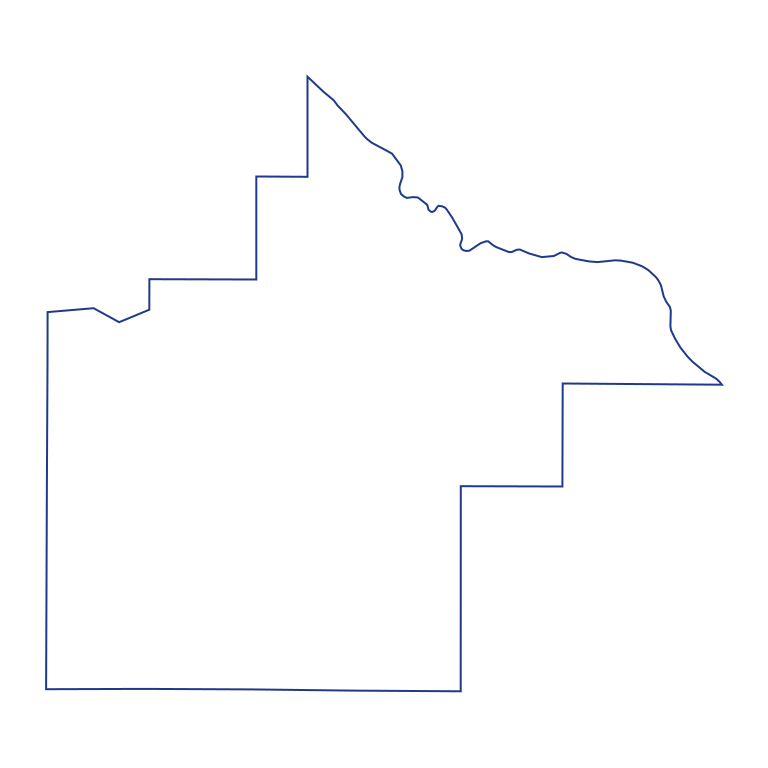 Goodhue, Minnesota, United States of America
{"feature_id": "52423323B62984292236969", "entity_name": "Goodhue", "entity_type": "district", "adm_level": 2, "iso_a3": "USA", "parent_name": "United States of America", "parent_adm1": "Minnesota", "projection": "mercator", "projection_center": [-92.544, 44.454], "detail": "fine", "context": "isolated", "style": "outline", "palette": "blue", "viewbox_px": 768, "rotation_deg": 0, "n_neighbors": 0, "source": "geoboundaries", "source_scale": "gbopen_adm2", "svg_char_len": 1344}
<svg xmlns="http://www.w3.org/2000/svg" viewBox="0 0 768 768"><path d="M460.7,691.3L460.8,486.2L562.4,486.5L562.7,383.5L721.9,384.7L719.5,381.7L715.9,378.5L704.6,371.8L692.5,361.7L687.8,356.9L680.5,347.7L675.3,339.1L671.0,330.2L670.4,326.2L670.8,311.0L670.3,308.4L669.9,307.0L666.1,301.5L663.7,296.4L661.0,285.4L659.2,281.9L658.2,280.1L656.0,277.2L648.3,270.1L642.3,266.4L632.7,262.7L620.9,260.6L615.1,260.3L597.6,262.1L588.9,261.4L575.5,258.9L570.8,256.9L566.5,253.9L562.0,252.5L560.2,252.8L553.8,256.0L541.7,257.1L528.9,253.4L519.8,249.5L516.6,249.8L511.8,252.0L509.0,252.1L496.3,247.1L493.1,245.3L488.2,241.3L486.1,241.3L480.6,243.2L469.4,250.7L466.2,251.0L463.1,250.1L461.5,248.7L460.2,245.6L460.5,243.4L461.7,240.3L462.1,238.3L461.6,234.2L452.3,217.8L446.9,209.7L445.0,207.6L442.1,206.3L438.5,205.8L437.1,207.2L434.7,210.8L432.1,212.0L430.8,211.7L428.6,209.8L427.2,204.8L417.9,197.5L413.1,197.1L406.8,197.9L403.9,196.5L401.0,194.0L399.6,190.2L399.4,187.2L400.1,183.9L402.4,177.1L402.4,171.2L400.8,165.5L392.0,153.6L372.0,142.9L367.6,139.5L364.5,136.5L346.0,114.3L337.6,105.5L333.8,100.4L323.4,91.7L307.5,76.7L307.5,176.8L256.3,176.5L256.3,279.5L149.4,279.2L149.3,309.7L119.1,322.2L93.6,308.2L47.6,312.1L47.5,363.9L46.9,483.3L46.1,689.2L144.1,688.9L250.9,689.4L352.6,690.6L460.7,691.3Z" fill="none" stroke="#1e3a8a" stroke-width="2"/></svg>